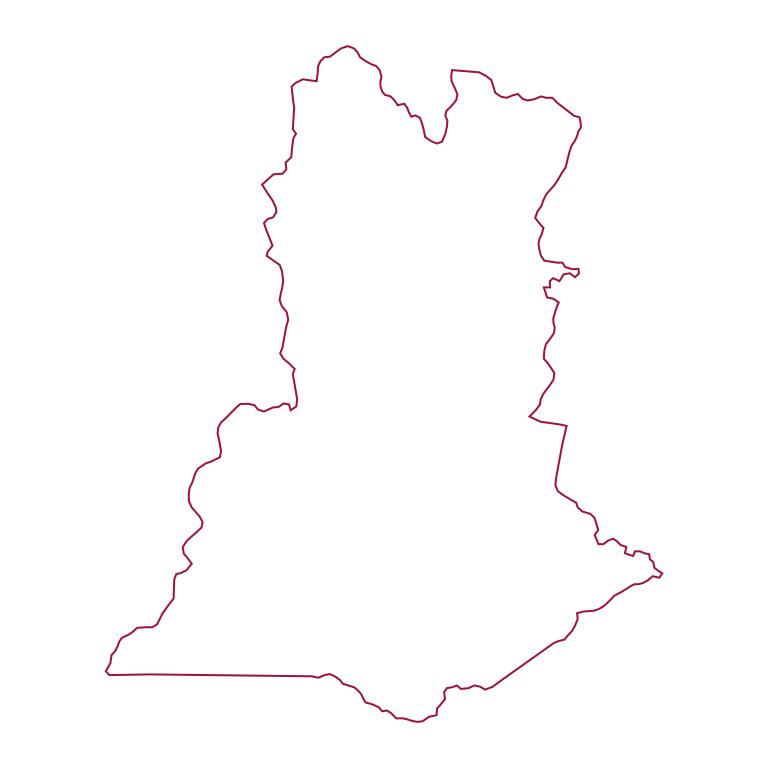 Miranorte, Tocantins, Brazil
{"feature_id": "56859067B32280550150304", "entity_name": "Miranorte", "entity_type": "district", "adm_level": 2, "iso_a3": "BRA", "parent_name": "Brazil", "parent_adm1": "Tocantins", "projection": "mercator", "projection_center": [-48.669, -9.394], "detail": "fine", "context": "isolated", "style": "outline", "palette": "rose", "viewbox_px": 768, "rotation_deg": 0, "n_neighbors": 0, "source": "geoboundaries", "source_scale": "gbopen_adm2", "svg_char_len": 4256}
<svg xmlns="http://www.w3.org/2000/svg" viewBox="0 0 768 768"><path d="M109.3,675.1L149.6,674.4L311.6,676.3L318.6,677.7L323.7,675.4L329.7,674.0L335.6,676.8L339.9,680.0L342.9,683.8L348.5,685.5L354.3,687.4L358.0,690.5L361.0,693.9L363.2,698.2L365.4,702.4L371.6,704.1L378.7,707.2L382.2,711.3L386.8,710.5L391.0,713.0L396.1,718.3L402.7,718.3L407.0,719.3L412.6,721.0L417.5,721.9L422.8,721.2L428.9,716.8L436.5,715.2L437.1,708.5L440.7,704.5L445.0,699.0L444.1,692.2L446.8,688.2L452.1,687.2L457.0,685.5L460.9,688.9L468.4,688.2L474.5,685.4L480.2,686.7L485.0,689.6L492.4,686.9L504.2,678.3L554.0,642.9L559.2,640.9L564.2,639.7L568.0,635.3L572.1,630.9L575.0,625.7L577.7,618.9L577.1,613.1L583.8,611.5L594.1,610.7L598.5,609.2L603.7,606.1L609.4,601.0L614.6,595.5L621.5,591.9L625.4,589.5L629.9,586.6L634.4,584.2L638.9,584.2L643.5,582.8L647.7,580.5L652.7,576.2L659.3,577.7L662.2,573.3L658.4,570.9L654.4,567.8L653.2,562.0L649.9,559.3L649.2,554.2L644.7,553.3L640.1,551.4L635.1,551.3L633.0,556.0L624.9,553.3L626.3,547.0L620.4,544.9L617.0,541.2L613.2,538.8L608.2,540.5L603.4,544.2L598.5,544.1L596.6,539.7L594.7,535.0L598.2,530.0L596.1,522.9L594.4,517.7L590.2,513.8L582.3,511.5L577.7,507.4L576.1,502.6L570.1,499.3L563.3,495.2L558.0,491.3L555.4,485.5L556.1,478.1L556.9,473.8L558.0,467.7L559.7,458.5L560.9,452.0L561.9,446.4L566.6,425.9L560.1,424.5L540.0,421.6L529.5,416.5L535.5,410.5L539.9,404.7L540.7,399.3L543.1,394.2L546.6,389.5L550.2,384.7L553.5,379.6L554.3,372.9L550.7,367.4L548.0,363.5L543.8,358.7L544.3,350.7L545.9,344.2L550.1,338.8L554.0,333.1L554.7,327.6L553.5,323.1L553.3,318.2L554.7,313.6L556.1,308.8L558.7,302.5L553.5,298.8L547.1,297.4L545.4,292.2L543.8,287.4L550.1,287.4L549.9,281.1L553.1,278.2L559.5,281.1L563.7,274.3L569.9,273.3L574.9,277.1L578.9,273.6L578.5,268.8L572.4,269.2L565.2,267.1L562.5,262.7L557.8,262.7L550.7,261.7L544.2,260.6L540.9,255.7L539.3,249.2L538.5,243.4L539.7,238.3L541.7,234.3L543.5,228.0L539.3,223.2L535.2,217.9L537.5,211.4L541.4,206.0L543.5,200.0L546.3,194.3L550.2,189.9L554.7,184.6L558.5,178.8L561.8,173.0L565.7,167.3L567.7,158.9L569.5,151.8L571.6,145.6L575.1,140.5L577.1,135.9L578.5,131.2L580.9,127.5L580.6,122.4L579.4,117.2L574.2,115.9L557.3,102.9L552.5,97.8L546.1,97.8L541.1,96.4L534.3,99.2L527.6,100.5L522.6,98.9L517.9,94.0L512.6,95.4L506.5,97.8L500.9,96.6L495.2,92.7L493.1,85.6L491.2,80.0L486.0,75.9L479.0,72.3L452.1,70.1L451.2,76.1L451.5,80.7L453.3,85.0L455.3,89.0L457.4,94.5L456.2,100.1L453.1,104.1L449.8,107.7L446.5,110.7L445.3,115.7L447.4,120.5L446.9,126.7L445.3,134.0L441.9,141.8L436.7,143.5L431.2,141.2L425.1,136.9L423.7,129.7L421.9,122.9L419.8,117.8L415.5,115.4L411.3,116.7L408.8,112.0L407.0,107.5L404.4,103.8L397.6,105.1L394.6,100.5L390.6,96.4L385.1,95.0L382.2,91.6L380.6,87.0L380.3,82.2L381.5,76.7L379.6,70.1L376.2,66.0L371.5,64.3L365.3,60.9L360.1,57.3L357.5,52.3L354.0,48.4L347.7,46.1L341.1,48.4L335.3,52.6L330.1,56.6L324.2,57.3L320.4,61.2L318.0,66.3L317.7,72.8L316.6,81.2L310.4,80.4L303.0,79.3L295.6,82.9L291.6,86.6L292.5,94.9L293.2,101.5L294.2,107.7L292.8,129.2L296.1,133.7L293.4,138.1L292.0,148.3L291.3,157.1L285.6,162.7L286.3,169.4L282.6,173.7L273.5,174.3L262.1,184.6L267.6,193.3L272.8,200.8L275.9,207.7L276.4,212.1L273.0,217.4L267.6,219.1L264.0,222.9L266.2,229.9L269.9,238.9L272.5,245.8L268.0,251.2L266.6,255.7L272.0,259.6L279.7,264.9L282.0,271.4L283.2,280.8L282.3,287.4L280.8,293.6L279.6,300.0L281.6,305.7L286.8,312.4L288.2,319.7L286.1,327.4L282.5,347.4L280.2,353.4L283.2,358.5L289.4,363.7L294.7,369.0L292.8,374.1L297.2,399.3L296.3,406.4L290.7,410.3L289.0,404.5L283.5,403.5L278.5,407.0L273.3,407.4L263.8,411.5L258.0,409.6L254.5,405.2L248.3,403.8L240.4,404.0L236.9,406.9L226.6,417.3L221.1,422.4L218.3,427.2L217.6,433.5L219.3,440.9L220.2,446.5L221.1,451.0L219.9,457.3L210.5,461.8L205.9,463.3L198.0,468.6L195.3,473.2L192.1,482.9L189.5,488.0L188.8,494.0L188.9,501.2L191.8,507.5L195.7,512.0L200.0,517.1L202.6,522.2L201.5,527.5L197.4,531.4L187.1,540.5L182.7,547.1L183.8,553.6L187.6,558.1L191.7,563.7L186.6,570.2L180.7,573.1L176.2,574.2L174.3,579.3L174.0,586.1L173.8,592.7L173.6,598.7L168.8,604.7L162.6,613.3L157.0,624.4L152.2,627.3L147.4,627.2L137.2,627.8L132.4,632.1L128.8,634.6L121.9,637.8L119.3,641.5L117.7,646.0L115.1,651.2L111.5,655.1L110.4,663.3L105.8,671.2L109.3,675.1Z" fill="none" stroke="#9f1239" stroke-width="2"/></svg>